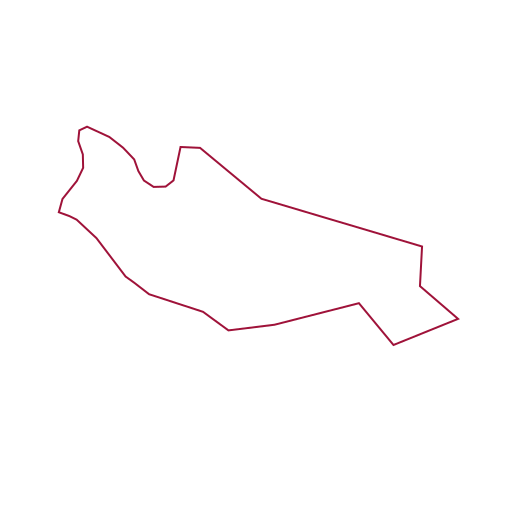 the Municipality of Ikskiles, rotated 22°
{"feature_id": "LVA-5761", "entity_name": "Ikskiles", "entity_type": "Municipality", "adm_level": 1, "iso_a3": "LVA", "parent_name": "Latvia", "parent_adm1": "", "projection": "natural_earth1", "projection_center": [24.522, 56.856], "detail": "fine", "context": "isolated", "style": "outline", "palette": "rose", "viewbox_px": 512, "rotation_deg": 22, "n_neighbors": 0, "source": "natural_earth", "source_scale": "10m", "svg_char_len": 561}
<svg xmlns="http://www.w3.org/2000/svg" viewBox="0 0 512 512"><g transform="rotate(22 256 256)"><path d="M153.1,326.4L142.8,323.9L101.4,299.2L76.1,289.5L68.2,288.9L56.8,289.3L55.2,275.6L61.8,253.4L62.7,239.0L57.4,226.7L48.1,216.1L45.1,205.7L50.9,199.4L75.5,200.6L92.2,205.4L106.9,212.1L115.1,221.3L123.8,228.0L135.2,230.3L146.2,225.5L151.2,216.8L145.2,183.2L163.6,176.7L239.6,200.9L406.4,185.0L419.3,222.5L466.9,238.6L416.8,287.0L369.1,261.2L298.9,312.8L258.3,335.3L227.8,327.6L171.2,331.5L153.1,326.4Z" fill="none" stroke="#9f1239" stroke-width="2"/></g></svg>